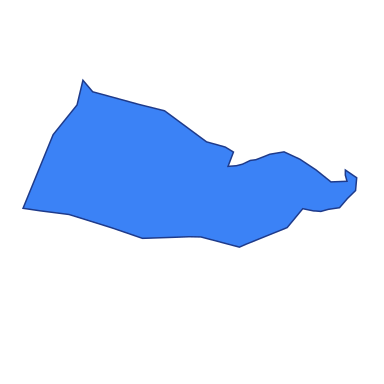 Onna, Akwa Ibom, Nigeria, rotated 110°
{"feature_id": "59680162B70948216254513", "entity_name": "Onna", "entity_type": "district", "adm_level": 2, "iso_a3": "NGA", "parent_name": "Nigeria", "parent_adm1": "Akwa Ibom", "projection": "equal_earth", "projection_center": [7.835, 4.644], "detail": "fine", "context": "isolated", "style": "filled", "palette": "blue", "viewbox_px": 384, "rotation_deg": 110, "n_neighbors": 0, "source": "geoboundaries", "source_scale": "gbopen_adm2", "svg_char_len": 695}
<svg xmlns="http://www.w3.org/2000/svg" viewBox="0 0 384 384"><g transform="rotate(110 192 192)"><path d="M265.1,345.2L261.6,328.2L255.2,299.9L253.1,255.0L252.5,222.7L240.8,193.6L235.0,179.4L231.2,168.3L227.6,128.6L222.8,123.6L192.9,90.4L169.8,82.2L168.2,71.3L167.5,69.1L166.2,64.3L161.7,58.0L156.3,48.0L144.9,43.7L134.7,38.8L122.3,42.1L118.9,55.4L123.7,53.7L128.9,50.0L135.0,64.9L129.5,81.1L128.8,83.1L124.3,101.8L122.8,119.2L129.9,131.8L133.6,135.9L139.8,143.0L142.4,148.0L148.6,154.1L152.1,159.2L155.6,166.9L140.3,166.7L138.4,176.1L139.9,195.5L125.1,245.5L127.9,272.3L131.8,319.6L124.3,332.7L149.5,329.8L185.6,342.1L265.1,345.2Z" fill="#3b82f6" stroke="#1e3a8a" stroke-width="1.5"/></g></svg>